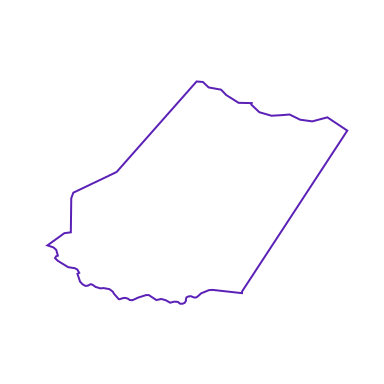 outline of Shelby, Texas, United States of America, rotated 124°
{"feature_id": "52423323B47536211032207", "entity_name": "Shelby", "entity_type": "district", "adm_level": 2, "iso_a3": "USA", "parent_name": "United States of America", "parent_adm1": "Texas", "projection": "natural_earth1", "projection_center": [-93.987, 31.776], "detail": "fine", "context": "isolated", "style": "outline", "palette": "violet", "viewbox_px": 384, "rotation_deg": 124, "n_neighbors": 0, "source": "geoboundaries", "source_scale": "gbopen_adm2", "svg_char_len": 1142}
<svg xmlns="http://www.w3.org/2000/svg" viewBox="0 0 384 384"><g transform="rotate(124 192 192)"><path d="M77.1,159.3L84.3,168.7L88.2,180.8L86.4,191.7L84.9,192.2L92.0,203.2L92.5,217.8L90.9,225.1L96.0,236.7L94.7,244.5L97.8,250.0L217.6,265.7L258.9,290.0L264.7,288.6L293.2,269.9L297.5,274.8L317.1,282.0L315.4,275.9L315.9,272.2L319.8,267.6L321.3,268.7L323.4,268.6L324.1,264.8L323.6,252.7L320.7,246.5L320.4,243.7L322.1,240.3L323.9,241.2L328.9,234.7L329.7,231.2L329.6,229.0L329.3,227.6L327.8,225.9L326.6,225.3L325.0,224.4L324.5,222.3L324.6,218.9L323.2,214.2L321.1,211.6L318.7,206.1L318.9,202.0L320.0,199.7L321.8,192.9L321.5,192.2L320.0,191.0L318.5,189.8L317.2,188.3L316.3,185.7L316.3,183.1L315.1,181.0L312.7,179.4L309.9,177.8L303.1,172.4L301.6,170.1L301.5,161.1L299.8,159.5L297.9,157.7L296.4,153.3L296.0,148.2L292.9,145.5L291.0,142.3L291.3,139.5L289.9,137.3L288.0,136.1L285.6,136.2L284.1,137.2L282.5,137.6L281.0,136.9L279.1,134.9L278.2,131.0L277.0,129.5L274.8,128.7L271.0,127.8L263.9,123.1L261.7,120.3L247.9,94.0L246.3,94.9L54.3,97.6L54.4,121.5L66.2,131.8L71.6,142.8L73.2,154.5L77.1,159.3Z" fill="none" stroke="#5b21b6" stroke-width="2"/></g></svg>